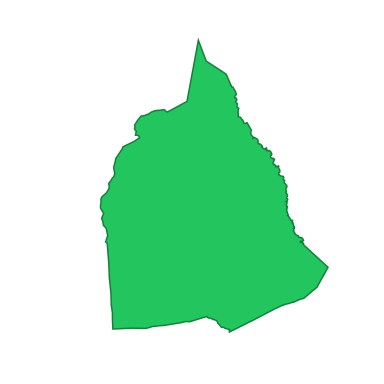 the district of Santiago Xiacuí, Oaxaca, Mexico, rotated 75°
{"feature_id": "50627088B71716696666560", "entity_name": "Santiago Xiacuí", "entity_type": "district", "adm_level": 2, "iso_a3": "MEX", "parent_name": "Mexico", "parent_adm1": "Oaxaca", "projection": "orthographic", "projection_center": [-96.402, 17.272], "detail": "fine", "context": "isolated", "style": "filled", "palette": "green", "viewbox_px": 384, "rotation_deg": 75, "n_neighbors": 0, "source": "geoboundaries", "source_scale": "gbopen_adm2", "svg_char_len": 5790}
<svg xmlns="http://www.w3.org/2000/svg" viewBox="0 0 384 384"><g transform="rotate(75 192 192)"><path d="M336.9,192.1L336.4,189.5L331.4,165.0L326.4,142.8L325.2,136.0L324.9,134.9L325.0,132.9L324.6,131.2L324.8,127.3L324.6,124.6L324.7,121.8L323.7,116.4L323.6,111.4L319.4,102.6L316.3,95.8L312.3,92.1L302.6,82.6L299.9,80.1L271.5,98.2L271.4,97.8L271.3,97.6L271.0,97.5L270.5,97.6L270.0,97.9L269.7,98.2L269.4,99.0L268.8,100.2L268.0,100.5L267.8,100.3L267.7,99.6L267.9,98.5L268.2,97.8L267.8,96.9L266.5,96.9L266.0,97.1L264.4,97.9L263.4,100.7L262.6,100.5L261.4,101.0L260.9,102.0L259.8,103.0L259.2,103.4L258.3,103.2L257.7,103.8L256.0,103.7L255.8,104.0L255.5,104.0L255.3,103.5L254.6,103.5L253.7,103.6L253.8,103.2L253.7,102.6L253.3,102.6L253.0,102.4L252.5,102.1L252.3,102.3L251.9,102.2L251.8,102.6L251.2,102.6L250.8,102.5L250.4,102.6L250.1,102.5L249.7,102.5L249.3,102.5L248.7,102.9L248.4,102.7L248.3,102.9L248.1,102.6L247.6,102.5L247.3,102.9L246.8,103.1L246.2,102.6L245.6,102.2L245.2,102.4L245.1,102.7L245.2,103.2L244.8,103.9L244.3,104.1L243.9,104.0L243.1,104.2L242.7,104.2L242.5,104.7L242.1,104.6L241.8,104.8L241.5,104.8L241.1,104.8L240.8,105.0L240.6,104.9L240.4,105.1L240.2,105.0L239.7,105.2L239.4,105.6L239.1,105.2L238.6,104.9L238.2,105.2L237.4,105.3L236.6,105.4L236.2,105.1L235.8,105.2L235.4,105.5L234.9,105.4L234.2,105.3L233.9,105.0L233.5,104.8L232.9,105.1L232.4,104.8L232.1,104.4L232.0,104.0L231.3,103.8L231.2,104.1L230.7,103.8L230.6,104.2L230.3,104.4L230.0,104.2L229.6,104.3L229.4,104.1L229.1,104.0L228.7,103.9L228.4,104.1L228.2,103.7L227.9,103.3L227.4,103.4L227.2,103.3L226.9,103.4L226.6,103.3L226.5,103.0L226.2,103.1L225.9,103.4L226.0,102.9L225.8,102.7L225.6,102.9L225.6,102.6L225.4,102.4L225.2,102.4L224.9,102.1L224.6,102.2L224.5,101.9L224.3,101.7L224.2,101.8L223.8,101.5L223.2,101.5L222.9,101.8L222.6,101.9L222.3,102.2L221.8,102.1L221.5,101.8L221.1,101.3L220.7,100.9L220.3,100.7L219.9,100.9L219.4,100.6L218.8,100.9L218.2,100.9L217.7,101.4L217.3,101.1L217.1,101.4L216.6,101.4L215.9,101.0L215.7,100.7L214.9,100.6L214.5,100.8L213.4,100.6L213.2,100.3L212.5,100.2L212.2,99.5L211.8,99.1L211.0,98.9L210.3,98.8L210.1,98.7L209.2,99.5L208.4,99.6L207.8,100.2L206.5,100.4L206.1,100.1L205.6,100.0L204.6,99.5L203.6,100.6L202.0,99.8L200.7,99.7L199.9,101.2L199.3,102.3L198.3,103.4L197.7,103.3L197.0,103.7L195.7,103.1L195.8,102.5L195.1,102.0L194.6,101.6L193.9,101.6L193.2,101.8L192.9,101.7L190.6,102.2L189.8,101.6L189.2,101.7L189.1,102.0L189.5,102.6L189.4,103.4L189.4,104.2L189.3,104.6L188.3,104.2L187.8,104.5L187.5,105.3L187.2,105.2L186.9,105.6L186.6,105.4L186.1,105.6L185.8,106.1L185.6,106.2L185.2,106.3L184.8,106.3L184.5,106.3L184.2,106.0L183.9,105.7L183.6,105.2L182.5,104.3L182.2,104.3L182.1,104.0L181.6,104.1L181.4,104.0L181.2,104.2L181.0,104.7L180.7,104.8L180.7,105.2L180.4,105.2L180.1,105.7L180.1,105.9L179.9,106.1L179.7,106.4L179.4,106.8L179.1,107.0L178.8,107.0L178.4,107.0L177.9,107.0L177.7,107.0L177.5,106.7L177.3,106.5L177.1,106.1L177.0,105.9L176.7,105.9L176.7,105.6L176.5,105.4L176.4,105.3L176.2,105.5L176.0,105.4L175.9,105.3L175.6,105.4L175.6,105.2L175.1,105.3L174.7,105.4L174.3,105.4L174.0,105.6L173.9,105.4L173.5,105.5L173.2,105.7L172.8,105.8L172.6,106.2L172.3,106.7L171.9,106.7L171.8,107.3L171.7,108.2L171.8,108.6L171.5,109.1L170.9,108.7L170.6,108.8L169.5,108.6L168.6,108.9L169.7,110.3L168.4,111.7L168.2,112.1L167.7,112.3L166.8,112.9L166.2,112.3L165.1,112.6L165.1,112.9L164.3,113.0L163.5,113.5L163.2,114.5L162.8,114.6L162.4,115.5L161.5,115.4L159.8,115.0L158.4,115.0L157.7,115.3L156.4,116.7L155.4,117.7L155.9,119.0L155.0,118.6L154.9,118.6L153.0,119.7L152.0,120.0L150.8,120.0L149.9,119.9L149.5,119.7L147.7,118.7L146.8,118.9L145.4,119.3L139.2,120.9L139.2,121.0L139.3,121.5L139.6,122.0L139.5,122.7L139.3,123.2L139.3,123.5L139.3,123.8L139.0,123.9L138.6,124.0L138.1,124.1L137.7,124.1L137.3,124.2L136.7,124.2L136.2,124.2L135.5,124.4L135.1,124.8L133.8,125.5L133.0,125.5L132.4,125.9L131.9,126.5L131.8,126.9L131.7,127.3L131.3,127.8L130.8,127.8L129.2,127.1L127.8,127.1L126.3,126.5L124.5,126.0L124.1,125.7L123.4,125.2L123.0,125.3L122.9,125.3L122.4,126.1L121.3,126.4L120.4,126.3L118.8,125.4L118.7,125.3L118.2,125.5L117.3,126.1L117.2,126.2L116.6,126.4L116.3,126.5L115.8,126.3L115.5,125.8L115.2,125.3L115.1,125.2L114.8,124.9L114.7,124.9L114.1,124.8L113.3,124.9L112.8,125.1L112.6,125.2L112.5,125.3L112.5,125.7L112.3,126.2L112.0,126.3L111.7,126.3L111.0,126.1L110.7,125.8L110.5,125.7L109.9,125.0L109.7,124.8L109.5,124.3L109.4,124.0L109.1,123.8L108.5,123.8L107.6,124.0L107.2,124.0L105.7,124.1L105.1,124.3L103.7,124.7L102.2,125.0L101.2,125.4L100.9,126.1L100.8,126.4L87.0,128.5L69.2,144.4L47.1,146.6L103.2,173.4L108.4,195.2L106.9,196.6L105.7,197.1L105.0,198.3L104.8,202.2L104.3,203.0L104.1,205.5L103.9,207.6L104.1,208.9L104.2,210.1L105.4,213.8L105.5,215.7L105.8,216.6L105.8,219.0L105.5,221.6L108.6,225.9L112.6,230.2L114.4,230.2L116.2,231.3L118.9,230.2L122.5,231.9L122.8,230.6L124.1,228.9L126.0,228.5L128.2,235.1L128.3,235.4L130.4,246.9L132.2,248.2L139.9,256.9L143.3,258.6L147.2,260.9L148.8,261.4L154.5,261.9L156.9,263.6L158.4,265.8L160.4,267.7L161.4,269.5L162.7,270.5L164.0,270.3L166.1,270.8L167.6,271.7L170.6,274.8L173.2,280.0L175.2,281.8L178.7,282.6L180.9,283.7L183.7,284.5L184.6,284.4L189.7,282.9L190.8,283.6L193.8,285.9L194.7,286.2L197.0,285.7L201.3,286.2L204.7,284.3L212.2,284.7L218.0,288.4L219.4,287.2L238.1,290.6L253.4,294.0L269.3,296.6L279.9,299.2L287.9,300.1L294.4,301.8L303.9,303.9L307.8,285.9L311.9,271.6L311.7,264.4L313.8,252.7L314.2,248.1L315.4,236.4L315.5,231.7L316.7,228.0L316.1,210.9L316.2,209.9L317.2,209.5L318.1,208.5L318.5,207.1L319.3,205.9L320.7,204.8L320.8,203.7L322.8,201.5L323.6,201.2L325.6,201.0L326.9,200.0L329.1,199.2L330.0,198.8L330.5,198.1L330.8,196.7L331.9,195.7L333.1,193.9L334.6,191.3L335.0,191.7L336.0,192.0L336.9,192.1Z" fill="#22c55e" stroke="#15803d" stroke-width="1.5"/></g></svg>